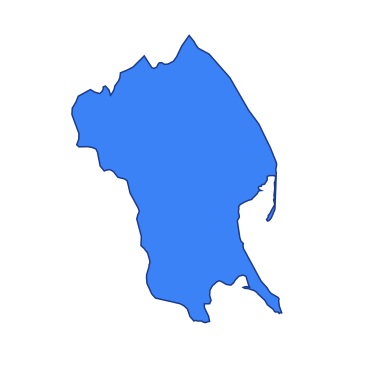 the border of Pomeranian, rotated 68°
{"feature_id": "POL-3140", "entity_name": "Pomeranian", "entity_type": "Voivodeship", "adm_level": 1, "iso_a3": "POL", "parent_name": "Poland", "parent_adm1": "", "projection": "robinson", "projection_center": [18.491, 54.136], "detail": "fine", "context": "isolated", "style": "filled", "palette": "blue", "viewbox_px": 384, "rotation_deg": 68, "n_neighbors": 0, "source": "natural_earth", "source_scale": "10m", "svg_char_len": 2734}
<svg xmlns="http://www.w3.org/2000/svg" viewBox="0 0 384 384"><g transform="rotate(68 192 192)"><path d="M323.5,151.3L325.6,152.5L330.5,153.8L338.2,154.1L337.8,154.3L336.7,154.2L336.9,154.8L337.1,156.1L337.3,156.7L335.8,157.0L335.0,158.2L334.5,159.6L333.7,160.3L332.2,160.4L330.9,160.8L324.6,164.4L320.7,164.8L319.1,165.3L311.4,168.9L310.2,169.2L308.9,169.8L306.4,171.5L304.0,174.6L303.4,175.1L302.7,175.9L301.0,179.3L299.6,180.3L299.7,178.4L300.1,176.9L300.8,175.8L301.7,175.1L301.7,174.1L299.4,174.4L290.6,173.5L288.2,175.6L287.6,179.9L289.8,184.8L291.8,187.5L292.9,190.7L291.7,193.0L290.2,195.1L285.9,198.4L284.4,200.1L284.6,202.6L286.5,208.1L289.8,212.2L294.6,214.4L299.6,214.9L302.2,217.5L300.3,222.5L303.8,223.8L313.6,223.2L318.6,224.2L318.2,226.3L318.2,228.4L317.0,230.1L315.2,231.5L313.7,235.1L312.5,236.5L312.3,238.6L306.8,240.5L298.8,240.1L294.6,242.0L291.1,244.9L276.6,265.7L271.3,267.5L260.0,268.0L254.6,266.4L251.5,264.9L245.0,259.7L243.4,259.0L242.0,257.7L240.1,256.9L232.0,256.0L226.3,257.6L222.6,259.4L214.2,255.6L196.3,253.3L193.1,251.0L190.2,248.1L186.7,247.9L169.9,249.8L157.4,247.9L154.7,249.5L150.6,255.2L143.8,257.1L140.7,259.4L140.1,261.0L139.7,262.8L139.6,265.5L133.4,267.4L119.7,264.7L116.0,265.0L113.3,267.9L110.8,271.9L107.8,279.9L105.0,281.2L100.6,277.2L95.3,274.9L75.2,274.3L69.4,271.6L65.3,266.1L60.6,261.6L59.0,247.8L63.2,244.6L66.2,240.6L65.1,237.9L63.4,235.8L61.4,235.1L61.3,232.6L66.3,230.8L71.8,231.3L69.9,228.3L67.7,225.8L64.9,223.9L61.2,218.2L58.9,216.0L54.7,213.7L54.7,206.7L54.0,199.7L47.9,185.3L61.6,182.7L63.2,180.9L62.9,177.7L61.0,175.8L60.0,173.9L60.7,171.7L63.3,169.7L64.4,166.3L63.8,160.2L60.8,155.5L52.7,146.7L46.0,136.3L45.8,136.0L53.2,133.8L57.3,133.3L61.1,132.3L70.5,124.5L100.2,114.1L137.4,108.9L154.1,104.6L180.3,102.8L196.4,102.8L198.6,103.4L202.2,105.7L203.5,106.2L205.6,106.6L239.1,121.6L245.2,127.6L246.2,129.0L247.2,130.9L247.3,132.7L245.6,133.3L245.2,132.9L244.7,131.9L244.1,131.0L242.3,130.1L241.1,127.7L239.5,126.1L234.8,120.2L233.9,119.9L230.4,119.3L229.5,119.1L228.6,117.9L225.8,117.2L220.0,114.1L214.2,112.1L213.3,111.1L210.1,109.2L209.2,108.9L208.0,109.3L207.4,110.0L206.0,113.6L205.8,114.4L205.8,116.3L206.4,116.8L208.7,117.6L209.2,118.0L210.4,119.6L211.9,121.9L211.8,122.9L211.4,123.8L211.5,124.6L212.6,125.5L212.0,128.0L213.1,129.0L215.0,128.7L216.6,127.2L216.0,129.3L216.8,130.9L218.1,132.4L220.5,138.1L221.3,139.4L220.9,142.3L221.0,147.3L221.7,152.1L223.0,154.2L224.6,154.6L227.6,156.3L229.1,156.7L230.4,156.8L232.1,157.2L233.5,157.9L234.1,159.0L235.8,160.8L252.4,164.8L256.0,165.0L259.1,163.7L259.9,164.4L261.1,164.9L263.8,165.5L300.7,161.3L308.9,158.3L312.7,157.7L315.8,156.6L321.9,151.8L323.5,151.3Z" fill="#3b82f6" stroke="#1e3a8a" stroke-width="1.5"/></g></svg>